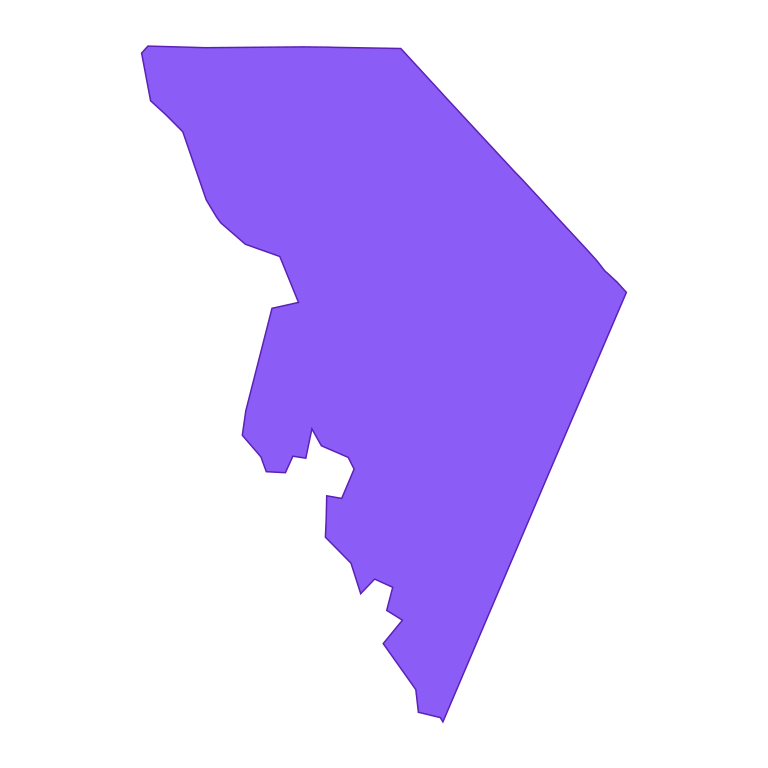 the district of Marlboro, South Carolina, United States of America
{"feature_id": "52423323B54358685786571", "entity_name": "Marlboro", "entity_type": "district", "adm_level": 2, "iso_a3": "USA", "parent_name": "United States of America", "parent_adm1": "South Carolina", "projection": "equal_earth", "projection_center": [-79.706, 34.552], "detail": "fine", "context": "isolated", "style": "filled", "palette": "violet", "viewbox_px": 768, "rotation_deg": 0, "n_neighbors": 0, "source": "geoboundaries", "source_scale": "gbopen_adm2", "svg_char_len": 920}
<svg xmlns="http://www.w3.org/2000/svg" viewBox="0 0 768 768"><path d="M626.4,292.4L616.7,281.7L615.1,280.3L614.9,280.1L607.7,273.4L604.8,270.9L597.1,261.0L586.1,248.8L557.2,217.6L556.0,216.3L543.8,203.0L521.8,179.1L514.5,171.6L444.5,96.1L441.9,93.2L400.8,48.5L388.0,48.3L385.9,48.2L383.1,48.2L331.9,47.3L331.1,47.2L303.2,46.9L302.4,46.9L205.3,47.7L184.5,47.1L148.5,46.1L148.3,46.1L147.9,46.1L141.6,53.1L150.6,100.8L166.1,115.0L182.8,131.8L206.2,199.8L216.5,217.0L220.8,222.9L245.4,244.3L279.8,256.5L298.5,302.4L272.0,308.3L245.8,410.8L242.3,435.3L260.9,456.9L266.3,471.7L285.4,472.7L292.9,456.2L305.8,458.2L311.9,428.9L321.4,445.8L348.2,457.4L354.1,469.1L341.7,498.4L326.7,495.8L326.2,518.9L325.4,537.2L351.0,563.2L360.7,593.7L374.6,579.1L392.7,587.3L386.7,610.4L402.4,620.2L383.2,643.6L415.8,689.6L418.4,712.3L440.3,717.6L442.9,721.9L547.6,476.1L626.4,292.4Z" fill="#8b5cf6" stroke="#5b21b6" stroke-width="1.5"/></svg>